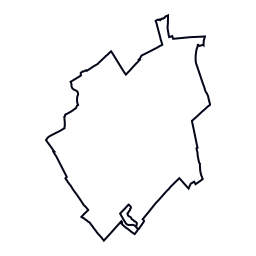 Costisa, Neamt, Romania (orthographic projection)
{"feature_id": "2599482B85678098789231", "entity_name": "Costisa", "entity_type": "district", "adm_level": 2, "iso_a3": "ROU", "parent_name": "Romania", "parent_adm1": "Neamt", "projection": "orthographic", "projection_center": [26.644, 46.753], "detail": "fine", "context": "isolated", "style": "outline", "palette": "ink", "viewbox_px": 256, "rotation_deg": 0, "n_neighbors": 0, "source": "geoboundaries", "source_scale": "gbopen_adm2", "svg_char_len": 5419}
<svg xmlns="http://www.w3.org/2000/svg" viewBox="0 0 256 256"><path d="M144.0,220.9L143.4,219.7L142.7,219.2L148.4,212.3L154.3,204.9L155.7,203.2L159.0,199.7L165.7,192.1L167.0,190.7L169.2,188.6L170.0,187.4L172.5,184.9L173.8,183.6L175.1,182.3L177.7,179.8L179.3,178.2L181.9,181.0L184.3,183.8L186.4,186.1L188.6,188.5L189.4,186.7L190.1,185.1L190.8,183.6L192.0,183.0L194.1,181.7L194.6,182.5L195.6,184.2L198.5,182.1L200.3,180.9L202.7,179.0L202.1,177.3L201.1,175.0L201.0,174.2L200.5,172.3L200.3,171.0L200.1,169.7L200.1,168.1L200.0,167.2L199.9,166.1L199.9,164.3L199.9,163.6L199.1,162.5L198.8,161.2L198.2,158.4L197.6,155.2L197.5,152.4L196.6,149.4L196.6,148.1L197.5,147.8L196.9,145.0L194.0,130.8L191.9,120.9L193.8,119.2L195.9,117.4L198.9,114.6L200.8,112.8L201.9,111.8L204.1,109.9L205.7,108.5L207.3,106.9L208.7,105.8L209.6,105.2L210.0,104.8L210.0,104.1L209.9,103.5L209.2,101.4L209.1,100.2L208.5,98.7L208.4,97.4L208.1,96.3L207.6,95.0L207.2,94.3L206.9,93.5L205.8,92.0L205.0,89.9L204.4,87.6L202.5,82.5L202.5,82.4L197.7,68.1L197.5,67.4L196.5,64.6L196.2,63.9L195.9,62.5L195.7,61.5L195.7,60.7L195.6,59.8L195.6,58.6L195.6,57.3L195.7,55.5L196.0,52.8L196.2,51.4L196.5,49.6L196.8,48.7L197.2,47.7L197.4,47.2L197.6,46.5L197.7,45.7L197.7,45.1L197.7,44.9L197.9,44.8L198.2,44.8L198.4,45.0L198.6,45.2L199.1,45.8L199.4,45.8L199.8,45.9L201.6,45.2L202.6,44.9L203.1,44.9L203.6,45.3L203.6,45.0L203.6,44.5L203.6,42.9L203.7,41.4L203.8,40.6L203.8,40.4L204.3,38.9L204.3,38.7L204.9,36.5L198.7,36.8L189.9,37.2L180.6,38.1L173.1,38.8L172.7,37.5L172.3,36.1L169.2,37.1L168.9,35.8L168.6,34.9L168.4,33.2L168.1,31.7L167.9,30.3L167.7,29.2L167.6,27.4L167.6,26.1L167.8,24.7L167.9,23.5L167.9,20.7L168.0,19.9L168.0,15.4L167.2,15.8L166.5,16.1L165.9,16.3L165.5,16.4L164.9,17.2L164.8,17.6L164.6,17.8L164.4,17.9L164.0,17.9L163.7,18.1L163.4,18.2L163.0,18.7L162.5,18.8L161.8,18.7L161.5,18.8L161.3,19.1L160.8,19.3L160.7,19.3L160.7,19.5L160.3,19.6L160.2,20.0L159.8,19.8L159.6,19.7L159.5,19.9L159.3,19.8L159.2,19.8L158.9,19.9L158.6,19.7L158.4,19.8L158.1,19.7L157.9,19.8L157.7,19.7L157.0,20.1L156.7,20.2L156.4,20.3L156.0,20.6L155.6,20.9L156.4,22.9L158.6,31.3L159.6,35.0L160.7,39.4L161.6,42.3L162.3,44.8L159.5,46.2L157.4,47.5L153.5,49.5L150.6,51.0L142.3,55.2L141.9,55.3L141.7,55.6L141.4,55.8L141.1,56.2L140.9,56.7L140.7,57.1L140.5,57.5L140.2,58.1L139.9,58.5L139.4,59.1L139.1,59.3L138.9,59.5L139.2,59.6L139.5,59.7L139.8,59.9L139.1,60.5L138.3,61.4L136.9,62.8L136.2,63.5L134.4,65.4L134.0,65.9L133.6,66.3L132.6,67.3L131.0,69.2L129.7,70.6L129.1,71.3L128.5,71.8L125.9,74.6L125.2,73.8L123.0,70.4L118.0,62.3L116.1,59.2L113.0,54.2L112.0,52.6L111.2,51.3L110.7,51.6L109.0,53.3L107.2,55.0L105.9,56.0L104.2,57.7L103.2,58.6L102.4,59.4L100.5,61.2L99.8,61.8L98.1,63.5L97.6,64.0L93.5,66.4L92.7,66.9L91.8,67.5L89.5,69.1L87.9,70.1L86.8,70.8L86.3,70.2L85.0,70.8L83.7,71.4L83.5,71.5L82.7,71.4L82.1,71.9L81.1,72.6L80.8,72.8L80.7,74.5L81.0,75.4L80.0,76.1L70.6,81.8L71.1,82.9L71.5,84.5L71.5,86.5L72.1,87.9L73.5,89.4L76.5,90.8L77.5,91.8L78.0,93.2L78.1,94.5L77.3,96.5L77.0,99.6L77.2,102.6L78.1,105.0L76.9,105.7L76.1,108.0L71.0,111.6L67.0,113.8L66.1,114.1L65.2,114.7L65.1,116.0L64.3,116.7L64.5,119.2L64.7,121.6L64.8,122.4L64.7,123.9L64.8,125.0L64.8,125.9L64.5,126.8L64.5,128.2L59.6,131.1L54.4,133.7L51.3,135.3L49.9,136.0L48.8,136.8L47.8,137.6L47.3,138.3L46.6,139.3L46.0,140.0L47.1,141.7L49.3,144.7L51.6,147.8L53.0,149.9L53.9,151.2L54.0,151.3L53.2,151.3L53.2,151.5L56.5,156.8L66.5,176.4L66.8,177.0L66.5,177.3L66.1,177.6L65.8,177.9L65.4,178.3L65.5,178.5L65.8,179.0L66.6,180.1L67.0,180.5L67.5,181.5L68.0,182.3L68.7,183.1L69.0,183.6L69.8,184.7L70.3,185.1L70.8,185.8L71.2,186.5L71.4,186.8L71.6,187.1L72.6,188.9L74.3,191.3L76.2,193.8L78.8,197.5L82.0,202.3L83.4,204.5L84.1,205.4L85.1,206.3L86.3,207.6L87.7,209.4L88.2,209.8L88.2,210.1L86.2,212.0L84.1,214.0L81.4,216.9L82.7,217.8L83.8,218.2L84.5,218.7L85.2,219.5L86.1,220.0L86.9,220.5L87.6,221.2L88.3,221.8L88.8,222.1L89.4,222.4L89.7,222.5L89.9,222.9L90.1,223.2L90.5,223.8L90.9,224.3L91.4,224.9L91.5,225.2L91.6,225.4L91.9,225.6L92.2,226.0L92.6,226.3L93.0,227.0L93.1,227.4L93.2,227.5L93.6,228.0L93.8,228.3L94.1,228.6L94.5,229.1L94.7,229.3L95.2,230.1L95.8,230.8L96.0,231.0L96.6,232.0L97.4,233.0L97.7,233.4L98.8,234.6L99.3,235.1L99.9,235.7L100.4,236.4L101.3,237.3L101.6,237.6L102.0,238.3L102.9,239.4L103.5,240.0L103.9,240.6L104.6,239.8L107.9,236.2L110.2,233.7L111.8,231.9L117.3,225.7L121.4,221.2L122.1,222.3L122.1,222.9L121.5,223.6L122.6,224.8L124.9,226.8L125.7,227.5L126.2,227.9L126.6,228.1L127.6,228.8L129.3,230.1L130.9,231.5L132.7,232.8L134.7,234.1L137.1,230.9L138.0,229.6L138.4,229.0L137.5,228.5L136.8,228.1L135.8,226.4L133.7,225.1L132.5,224.8L130.8,225.0L128.3,224.9L127.2,224.6L125.9,223.4L124.5,221.1L122.5,217.8L120.8,214.8L120.1,213.5L121.0,212.6L122.3,211.2L124.2,209.3L127.7,205.5L128.4,204.7L128.6,204.6L129.3,205.2L130.0,205.9L130.6,206.6L130.9,207.1L131.0,207.6L130.8,208.2L130.1,209.0L130.0,209.8L129.8,210.4L129.5,210.6L129.0,211.2L128.7,211.7L128.5,212.2L128.2,212.7L127.8,213.0L127.9,213.3L127.4,213.9L127.8,214.8L128.1,215.5L128.6,216.1L129.1,216.4L129.7,216.6L130.3,217.0L130.7,217.3L131.3,218.2L131.7,219.1L132.2,219.4L132.8,219.8L133.4,220.2L133.9,220.8L134.3,221.2L134.8,221.2L135.4,221.6L136.0,222.1L136.6,222.7L136.9,223.5L136.8,224.1L136.5,225.0L136.3,225.8L136.3,226.4L136.3,226.9L136.4,227.1L136.7,227.7L136.9,228.0L138.0,228.7L138.8,228.9L140.6,226.3L143.6,222.0L143.8,221.7L144.0,220.9Z" fill="none" stroke="#020617" stroke-width="2"/></svg>